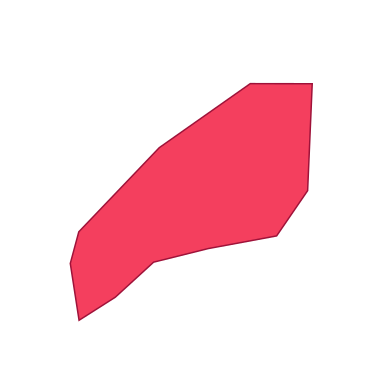 Sigave, Equal Earth projection, rotated 70°
{"feature_id": "WLF-4995", "entity_name": "Sigave", "entity_type": "state/province", "adm_level": 1, "iso_a3": "WLF", "parent_name": "Wallis and Futuna", "parent_adm1": "", "projection": "equal_earth", "projection_center": [-178.148, -14.273], "detail": "fine", "context": "isolated", "style": "filled", "palette": "rose", "viewbox_px": 384, "rotation_deg": 70, "n_neighbors": 0, "source": "natural_earth", "source_scale": "10m", "svg_char_len": 312}
<svg xmlns="http://www.w3.org/2000/svg" viewBox="0 0 384 384"><g transform="rotate(70 192 192)"><path d="M273.9,342.0L217.5,330.8L190.7,312.0L139.1,207.5L110.1,100.2L131.4,42.0L230.3,82.9L262.2,127.5L250.7,196.2L244.8,252.1L264.6,300.0L273.9,342.0Z" fill="#f43f5e" stroke="#9f1239" stroke-width="1.5"/></g></svg>